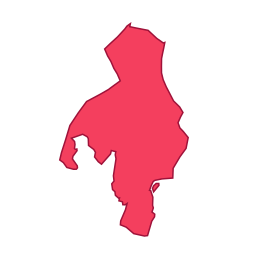 the district of Yonan, Hwanghae-namdo, North Korea, rotated 11°
{"feature_id": "82179303B35883429877711", "entity_name": "Yonan", "entity_type": "district", "adm_level": 2, "iso_a3": "PRK", "parent_name": "North Korea", "parent_adm1": "Hwanghae-namdo", "projection": "equal_earth", "projection_center": [126.071, 37.915], "detail": "fine", "context": "isolated", "style": "filled", "palette": "rose", "viewbox_px": 256, "rotation_deg": 11, "n_neighbors": 0, "source": "geoboundaries", "source_scale": "gbopen_adm2", "svg_char_len": 1593}
<svg xmlns="http://www.w3.org/2000/svg" viewBox="0 0 256 256"><g transform="rotate(11 128 128)"><path d="M67.1,172.4L71.2,174.3L72.0,175.1L75.5,178.4L82.2,178.9L85.2,178.3L86.0,176.7L85.4,174.8L79.4,169.0L79.3,166.3L82.3,160.0L81.8,158.4L80.4,159.0L79.4,158.4L79.1,154.3L78.1,151.4L74.4,148.8L84.7,142.8L86.6,143.4L89.5,144.3L91.0,145.9L92.6,152.7L98.5,155.6L100.7,158.1L100.7,162.8L105.3,166.8L108.9,168.6L115.8,156.8L115.9,153.3L119.6,153.5L120.5,153.5L120.6,156.8L122.1,160.5L122.8,177.7L124.4,182.7L122.7,185.9L124.6,191.4L127.3,193.0L128.5,196.5L132.2,198.7L133.0,198.3L133.0,201.2L136.6,201.5L137.6,204.3L139.7,204.0L141.5,202.3L141.1,208.8L138.6,220.4L138.6,221.0L139.0,224.5L140.8,224.8L145.2,225.7L153.8,230.6L164.7,230.9L167.7,229.9L169.1,214.9L171.0,210.1L170.7,207.5L167.6,205.9L168.1,201.6L166.9,199.3L165.6,191.2L162.2,185.1L161.0,185.1L161.9,179.6L163.0,175.6L164.5,174.2L171.0,171.5L181.5,168.6L180.0,158.9L184.5,146.3L188.9,136.9L188.9,125.9L183.2,121.1L178.9,118.0L176.1,113.3L177.5,107.0L179.0,102.3L174.7,97.5L167.6,92.8L157.6,80.2L153.3,73.9L150.4,67.6L149.1,61.3L147.7,53.5L147.7,48.8L147.8,42.5L147.8,39.3L147.8,37.0L146.4,37.8L139.2,34.6L129.1,28.3L120.5,28.3L116.2,28.3L110.4,28.2L110.4,25.1L107.5,28.2L106.0,31.4L103.1,36.1L100.2,40.8L94.4,48.6L90.0,54.9L94.3,61.2L98.5,65.9L102.8,72.2L107.1,76.9L111.4,83.2L107.0,87.9L101.2,94.2L93.9,100.5L88.1,105.2L82.3,109.9L76.4,122.4L70.5,136.6L68.9,152.3L67.4,164.9L67.1,172.4ZM169.3,178.4L168.8,176.6L166.2,177.1L164.1,180.0L163.6,182.7L165.3,185.8L169.3,178.4Z" fill="#f43f5e" stroke="#9f1239" stroke-width="1.5"/></g></svg>